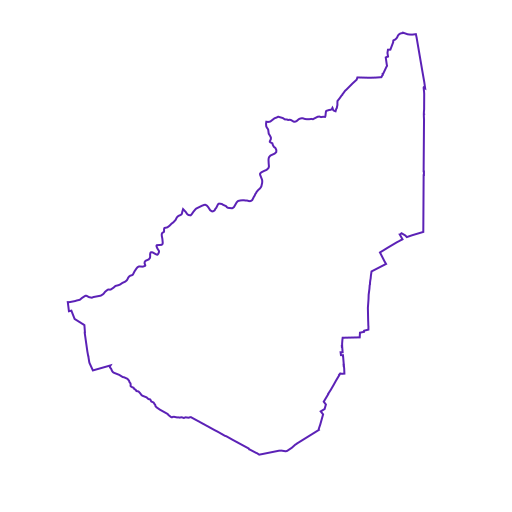 outline of De Ronde Venen, Utrecht, Netherlands, rotated 351°
{"feature_id": "6326949B84891227552476", "entity_name": "De Ronde Venen", "entity_type": "district", "adm_level": 2, "iso_a3": "NLD", "parent_name": "Netherlands", "parent_adm1": "Utrecht", "projection": "albers", "projection_center": [4.92, 52.233], "detail": "fine", "context": "isolated", "style": "outline", "palette": "violet", "viewbox_px": 512, "rotation_deg": 351, "n_neighbors": 0, "source": "geoboundaries", "source_scale": "gbopen_adm2", "svg_char_len": 6016}
<svg xmlns="http://www.w3.org/2000/svg" viewBox="0 0 512 512"><g transform="rotate(351 256 256)"><path d="M164.3,230.2L159.8,229.8L159.5,230.0L159.3,230.4L159.3,231.2L159.8,233.2L160.9,235.7L160.9,236.5L160.7,237.1L160.0,238.2L159.3,239.0L158.8,239.3L158.6,239.3L157.1,238.4L154.5,236.3L154.0,236.1L153.0,235.9L152.6,236.0L152.1,236.6L151.6,238.1L151.5,239.4L151.3,240.2L151.0,241.2L150.5,241.7L149.5,242.6L146.4,243.4L145.9,243.7L145.2,244.4L145.0,245.0L144.8,245.7L145.2,247.9L145.0,248.3L143.3,248.7L142.4,248.8L138.9,248.0L137.3,248.5L136.0,249.6L133.6,252.2L131.5,255.1L130.7,255.5L128.7,255.8L127.5,256.4L126.4,257.4L125.6,258.6L124.7,259.7L123.6,260.4L122.7,260.9L119.8,261.7L117.3,262.9L115.6,263.3L112.5,263.6L110.3,265.0L107.5,266.3L106.9,266.4L104.7,266.0L103.5,266.5L101.4,267.7L99.6,269.4L99.0,269.8L96.7,270.8L96.1,270.9L89.1,271.1L87.3,271.5L84.6,270.5L82.4,268.8L81.4,268.6L80.5,268.9L77.6,270.2L75.1,271.7L72.0,271.9L70.3,272.2L67.5,272.3L64.8,272.4L62.9,272.1L62.6,281.3L65.1,281.1L67.0,289.8L75.7,297.4L75.1,304.6L74.9,304.6L74.8,305.0L74.5,323.9L74.6,328.5L74.8,328.8L74.7,329.1L74.7,334.4L74.8,335.6L77.0,343.5L95.2,341.3L94.4,342.3L94.3,342.6L94.3,343.1L94.5,343.5L95.2,344.5L95.8,346.9L96.5,348.3L97.4,349.1L102.3,352.0L105.4,354.7L106.8,355.2L109.8,357.2L111.1,359.3L111.3,360.7L112.1,362.2L112.1,363.1L111.8,364.6L111.9,365.1L113.4,366.4L114.4,366.9L115.1,368.5L115.9,369.0L116.2,369.3L116.8,370.7L118.5,371.3L118.9,371.6L120.1,373.4L121.2,375.5L121.9,376.2L125.8,378.5L127.4,380.5L128.9,381.0L129.2,381.4L129.7,383.0L129.9,383.4L131.8,384.6L132.1,385.0L132.4,386.0L133.1,387.1L133.2,387.6L133.2,388.2L133.3,388.7L134.1,389.9L137.0,392.7L142.6,397.1L144.1,398.3L144.6,399.3L146.7,401.6L147.7,402.2L148.8,401.9L149.9,402.0L152.8,403.1L154.4,403.3L155.3,403.7L157.0,403.6L158.1,404.0L159.4,404.7L161.1,404.3L164.2,405.2L165.8,404.9L166.5,405.0L188.0,421.6L190.5,423.4L197.1,428.7L198.5,429.4L201.3,431.6L204.3,434.0L218.7,445.0L219.0,445.9L219.6,446.2L225.2,450.4L226.1,450.9L228.1,452.7L231.5,452.6L248.4,451.9L250.7,452.2L254.7,453.5L256.2,453.4L261.4,451.0L265.4,448.4L266.6,448.0L266.9,447.7L290.9,437.6L290.8,437.4L291.0,436.5L293.1,432.5L297.5,422.9L295.6,419.6L299.8,417.9L301.8,413.6L300.1,410.5L305.8,403.7L305.7,403.4L306.3,402.8L308.9,399.9L312.4,395.6L315.6,391.5L320.2,386.0L320.0,385.9L320.8,385.2L322.4,385.8L324.9,386.0L325.5,380.9L325.6,378.8L325.4,378.7L325.5,377.0L325.8,377.0L325.8,375.9L326.3,369.0L326.2,368.9L326.4,367.6L324.4,367.2L324.5,364.3L326.5,364.6L326.9,359.5L326.6,359.4L326.7,358.4L327.0,358.5L327.3,356.2L328.2,352.4L328.8,350.3L345.7,352.6L346.7,348.0L350.8,347.8L350.9,346.9L351.1,346.7L355.5,346.3L356.0,343.3L356.1,341.8L356.4,339.7L356.7,337.1L358.4,324.7L360.4,316.1L361.2,311.9L362.9,306.1L363.7,302.7L364.2,301.7L364.4,300.3L365.0,298.2L365.7,296.2L366.5,293.1L367.7,289.3L383.2,284.2L382.1,281.4L379.0,271.9L387.4,268.4L397.2,264.5L403.3,262.4L401.4,257.3L401.6,257.3L403.3,256.3L406.7,259.1L407.9,260.9L413.7,259.9L425.0,258.4L434.1,203.1L434.2,202.4L434.5,202.4L435.1,198.7L434.8,198.6L443.3,147.5L443.6,144.7L443.9,142.5L444.1,142.3L444.2,142.2L444.0,141.9L444.4,139.9L445.0,137.4L447.5,122.1L447.7,119.9L447.9,116.0L448.0,115.8L449.3,116.9L449.4,110.6L449.2,98.1L448.8,65.3L448.6,61.9L445.0,61.8L442.4,61.3L440.4,60.7L436.3,58.5L436.2,58.8L434.5,58.7L433.2,58.9L431.7,59.6L430.7,60.5L429.7,62.0L428.9,62.9L427.3,64.0L425.5,64.5L425.2,65.0L424.9,66.4L421.0,73.2L418.6,72.9L417.6,76.0L417.6,79.7L417.4,79.8L416.3,79.8L415.2,80.2L415.1,87.7L415.2,88.4L415.1,88.8L414.4,89.6L410.1,95.9L409.6,95.9L409.5,97.0L409.2,97.1L407.8,99.0L402.1,98.5L395.9,97.7L384.1,95.5L383.0,97.6L378.3,100.7L371.2,105.9L369.9,106.7L367.4,109.2L366.7,109.8L366.4,110.4L365.6,110.9L363.5,113.1L360.7,115.7L360.1,118.9L360.1,119.4L359.2,121.7L359.0,122.4L358.3,123.2L357.2,125.5L355.8,124.7L355.2,124.1L354.9,123.4L354.8,121.9L354.7,121.6L353.9,122.8L353.2,123.1L352.4,123.3L351.2,123.2L348.5,123.6L348.0,123.8L347.8,124.0L347.4,125.2L346.5,128.5L346.0,129.4L344.1,129.0L341.9,129.0L340.5,128.2L338.7,128.1L333.6,129.8L332.3,129.3L329.7,129.2L327.0,128.7L325.5,128.2L323.8,127.3L322.5,127.1L321.0,127.2L319.6,127.6L317.2,129.1L316.0,129.4L314.8,129.4L314.1,129.1L312.1,127.4L311.4,127.0L310.6,126.7L309.0,126.7L307.9,126.0L305.9,125.6L304.0,123.9L299.7,121.9L297.9,122.5L296.6,122.7L295.6,123.0L291.6,125.2L290.8,125.5L288.9,125.5L287.2,125.0L286.6,126.9L286.4,129.4L286.7,130.6L287.6,132.5L287.8,133.1L287.7,137.2L288.6,139.3L289.2,141.2L289.2,141.8L288.9,143.0L287.6,144.8L287.5,145.4L287.8,145.8L288.1,146.1L289.2,146.8L289.8,147.3L290.0,149.0L290.7,150.9L291.1,151.4L291.8,152.0L292.1,152.5L292.6,154.2L292.6,155.1L292.2,156.6L290.4,157.8L286.1,159.0L285.3,159.6L284.3,160.5L283.8,161.5L283.4,163.0L283.0,166.5L282.8,169.5L282.3,170.7L281.8,171.3L279.9,172.6L277.1,173.3L274.4,174.2L273.6,174.7L273.0,175.2L272.8,175.7L272.8,176.6L273.9,181.6L273.9,182.9L273.5,184.8L272.2,188.0L271.6,188.8L270.5,189.9L268.6,191.1L266.6,192.8L266.1,193.6L265.0,194.7L264.1,196.2L263.4,196.9L261.0,200.2L259.6,200.8L258.7,200.9L257.7,200.7L255.8,199.8L254.4,199.6L253.3,199.2L251.9,198.9L249.6,198.7L247.5,198.8L246.6,199.0L245.3,200.0L241.9,204.2L240.4,205.0L239.8,205.1L236.0,204.1L234.8,203.2L234.4,202.3L234.1,202.0L231.5,200.3L230.4,199.3L228.6,198.7L227.5,198.5L227.0,198.7L226.5,199.1L224.2,202.3L223.2,203.1L222.3,204.4L221.5,204.8L220.2,205.2L219.3,204.9L217.9,203.6L216.5,200.4L215.6,198.9L215.2,198.4L214.0,197.5L212.9,197.4L210.5,197.9L204.4,199.8L203.5,200.4L201.2,202.4L198.9,204.8L197.8,205.6L195.8,205.0L195.1,204.4L194.4,203.5L193.5,201.5L191.3,198.3L190.1,200.8L189.5,202.4L189.2,202.9L188.8,203.3L187.6,203.8L185.9,204.2L184.9,204.7L183.9,205.5L183.1,206.5L182.3,207.7L181.7,208.2L179.5,209.9L177.7,210.8L175.3,212.6L173.0,213.8L172.2,213.9L170.0,214.0L169.4,215.0L169.1,216.9L168.9,217.7L167.0,218.6L166.6,219.1L166.3,219.8L166.1,221.3L166.2,224.4L166.0,227.7L165.9,228.6L165.6,229.4L165.1,229.9L164.3,230.2Z" fill="none" stroke="#5b21b6" stroke-width="2"/></g></svg>